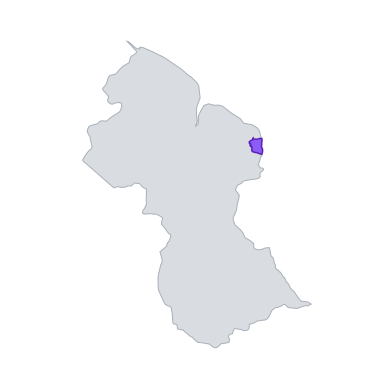 VI-4 Lower Corentyne Rive, East Berbice-Corentyne, Guyana shown in context, rotated 353°
{"feature_id": "73187651B56094109517329", "entity_name": "VI-4 Lower Corentyne Rive", "entity_type": "district", "adm_level": 2, "iso_a3": "GUY", "parent_name": "Guyana", "parent_adm1": "East Berbice-Corentyne", "projection": "mercator", "projection_center": [-57.321, 5.762], "detail": "fine", "context": "in_parent", "style": "filled", "palette": "violet", "viewbox_px": 384, "rotation_deg": 353, "n_neighbors": 0, "source": "geoboundaries", "source_scale": "gbopen_adm2", "svg_char_len": 4977}
<svg xmlns="http://www.w3.org/2000/svg" viewBox="0 0 384 384"><g transform="rotate(353 192 192)"><path d="M115.0,178.4L106.0,168.4L96.9,158.2L87.9,148.2L87.3,146.9L91.1,142.1L94.4,138.7L97.2,136.8L98.5,135.1L97.5,127.7L97.6,125.1L96.3,122.2L95.3,119.0L96.4,116.3L97.8,114.4L99.5,113.7L103.7,113.1L106.6,112.8L107.7,111.7L109.4,110.5L111.6,110.4L116.0,111.3L118.0,109.7L121.7,107.5L129.8,103.7L131.6,101.2L132.9,97.4L132.8,95.6L131.9,94.9L129.9,94.2L126.8,94.2L124.3,95.1L121.8,94.6L119.6,92.2L119.5,90.3L120.8,87.5L120.1,85.7L116.0,79.9L116.0,78.3L119.0,75.7L120.6,73.4L122.9,68.1L124.7,66.3L130.4,65.7L131.9,64.6L134.8,61.8L139.1,58.6L145.3,56.0L147.1,51.3L148.2,50.0L153.1,47.6L154.0,46.3L153.8,45.1L145.9,34.6L147.5,35.3L153.6,42.2L157.0,43.7L157.7,43.7L157.8,41.9L160.9,42.7L169.0,47.4L180.8,55.1L197.3,69.7L202.1,75.2L205.2,77.8L210.2,84.2L211.6,87.3L211.5,99.7L207.1,108.0L206.0,114.3L205.8,122.7L203.3,127.5L206.6,124.9L207.7,117.3L210.5,112.7L214.3,107.7L219.2,106.5L224.6,108.6L228.9,109.0L232.7,110.5L240.8,118.6L248.7,124.9L251.6,130.0L259.9,132.6L264.9,136.6L266.5,140.1L267.5,149.2L265.9,162.9L266.3,163.6L264.0,166.3L263.6,168.0L262.2,171.1L261.0,172.7L262.7,176.5L264.6,176.7L265.3,177.2L265.8,177.9L265.7,178.7L264.9,179.4L263.1,180.4L261.4,182.6L261.6,185.0L260.5,186.2L257.0,186.9L250.3,186.9L246.9,187.1L244.3,187.5L242.5,189.0L240.3,190.1L238.6,190.4L237.0,192.2L235.5,194.8L236.0,196.5L237.6,198.9L238.5,201.3L237.3,205.2L236.0,208.2L235.2,210.5L234.1,214.9L231.5,219.8L229.6,222.5L229.6,225.5L230.6,229.8L235.9,236.0L237.6,239.0L239.1,243.7L243.9,247.5L246.9,250.5L246.6,254.5L247.0,255.8L248.9,256.8L251.2,257.5L253.7,257.5L255.9,257.1L256.5,256.6L261.7,256.5L262.2,257.5L262.5,263.3L262.8,265.6L264.0,266.5L264.7,268.0L264.8,269.2L265.0,272.5L265.8,274.2L265.7,277.6L266.2,278.9L267.6,279.7L269.4,282.2L270.1,282.5L270.5,283.4L272.0,286.9L272.8,287.9L273.4,288.1L273.6,289.3L274.7,292.6L275.5,293.4L276.9,295.8L277.5,298.4L279.4,301.4L281.4,303.5L282.3,305.6L284.8,310.4L287.2,313.7L290.5,314.6L293.3,315.1L295.0,316.4L296.7,317.8L294.8,318.4L293.2,319.3L291.0,318.6L287.8,319.0L284.6,319.9L281.6,320.4L275.9,318.9L274.2,318.7L273.0,318.0L270.7,315.0L269.5,314.7L266.5,316.1L262.9,317.0L261.1,316.9L259.0,317.9L257.0,319.2L253.3,324.9L251.3,327.0L249.3,327.9L245.1,327.9L240.7,328.1L237.4,329.5L234.2,330.2L232.7,330.3L232.2,333.5L231.5,334.9L230.5,335.8L228.1,336.0L225.9,335.9L224.6,334.6L222.1,333.9L220.0,333.5L218.6,332.7L217.4,332.9L216.5,334.2L215.7,335.3L215.1,337.4L211.8,338.1L210.4,339.2L211.2,343.1L210.8,344.6L210.1,345.8L206.1,346.1L202.8,346.0L200.8,347.4L198.4,349.1L196.9,349.4L195.2,349.3L192.9,347.3L190.6,345.0L185.0,343.3L179.4,341.9L175.8,338.1L174.9,336.3L173.2,335.5L168.9,331.0L166.5,328.1L163.9,327.3L160.9,326.1L161.0,324.0L160.8,322.0L159.5,321.2L157.7,320.7L157.1,319.5L157.2,316.9L157.6,310.1L157.1,303.6L153.1,301.3L151.4,299.8L148.3,290.2L146.9,285.8L146.8,282.6L147.8,273.0L149.0,268.9L152.1,260.5L153.9,257.7L154.0,255.6L153.8,252.9L152.9,247.5L158.1,244.1L160.3,242.7L160.7,240.4L163.5,237.6L164.8,234.9L165.8,232.7L165.5,231.6L164.3,230.9L162.9,228.9L159.8,223.0L158.7,221.8L157.8,220.2L158.3,217.6L159.5,214.8L159.3,213.6L157.5,212.1L153.8,209.5L150.7,209.3L148.3,208.4L144.7,208.3L141.9,208.0L140.3,207.1L140.6,205.5L141.3,204.3L143.7,201.4L145.3,198.2L145.5,195.1L146.0,191.1L146.7,187.5L147.1,183.5L143.3,180.9L142.1,178.8L140.6,176.9L138.9,176.9L136.3,176.0L132.4,178.6L129.2,178.1L127.1,179.0L122.1,178.8L118.9,177.6L115.0,178.4Z" fill="#d9dde1" stroke="#a8b0b8" stroke-width="1"/><path d="M265.8,163.1L266.3,162.3L266.4,162.0L266.9,160.8L267.0,160.4L267.1,159.8L267.0,159.4L267.3,158.2L267.2,157.9L267.1,157.5L266.9,157.0L266.6,156.3L266.5,155.8L266.5,154.7L266.8,154.0L266.9,153.4L267.1,152.2L267.1,151.6L267.3,150.9L267.7,149.8L267.9,148.6L267.8,147.8L267.8,147.3L267.7,147.3L267.3,147.3L266.8,147.3L266.4,147.2L266.0,147.2L265.4,147.1L265.0,147.2L264.6,147.4L264.2,147.5L263.8,147.5L263.4,147.5L262.9,147.5L262.5,147.5L262.1,147.4L261.7,147.3L261.3,147.2L260.8,147.2L260.4,147.1L259.9,146.9L259.5,146.7L259.4,146.2L259.3,145.8L259.2,145.9L258.8,146.2L258.9,146.6L258.9,147.0L258.8,147.5L258.5,147.8L258.0,147.8L257.6,147.9L257.2,147.9L256.7,148.0L256.3,148.3L256.0,148.6L255.7,148.7L255.2,148.9L255.0,149.2L254.9,149.6L254.8,150.1L254.8,150.4L255.2,150.8L255.5,150.7L255.8,150.9L256.0,151.1L255.8,151.6L255.6,152.0L255.3,152.3L255.3,152.7L255.6,152.8L256.2,152.8L256.2,153.2L255.9,153.6L255.7,154.0L256.1,154.2L256.5,154.3L256.9,154.4L257.1,154.9L257.1,155.2L256.9,155.6L256.7,156.0L256.7,156.4L256.6,156.8L256.3,157.2L256.4,157.5L256.5,157.9L256.8,158.2L256.7,158.7L256.7,159.1L257.1,159.3L257.5,159.6L258.0,159.8L258.5,160.0L258.9,160.1L259.3,160.3L259.6,160.4L260.0,160.6L260.4,160.7L260.8,160.8L261.2,160.9L261.5,161.0L261.9,161.1L262.1,161.3L262.5,161.7L263.0,161.9L263.5,162.1L264.0,162.4L264.6,162.6L265.0,162.7L265.5,162.9L265.8,163.1Z" fill="#8b5cf6" stroke="#5b21b6" stroke-width="1.5"/></g></svg>